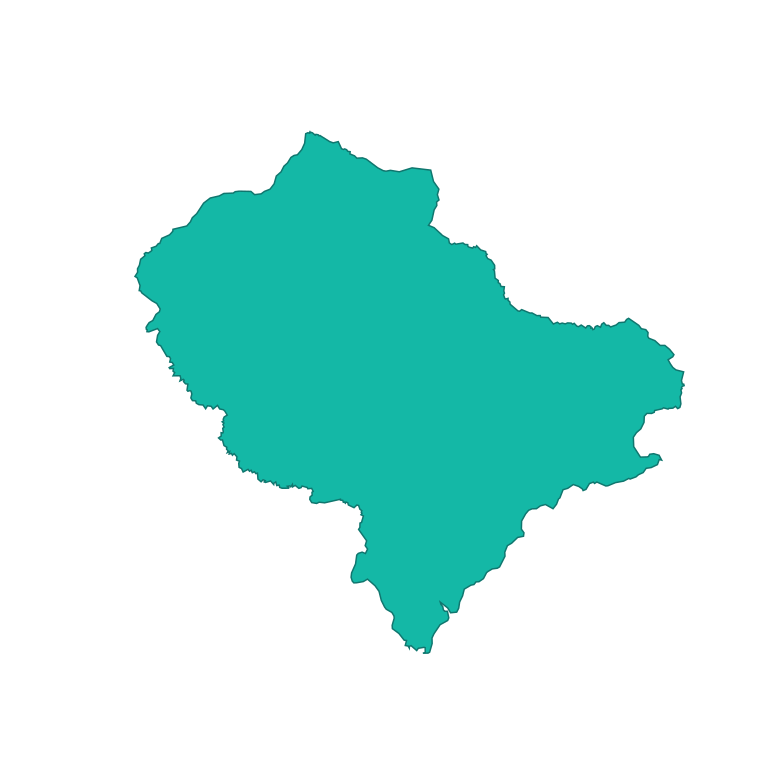 Manggarai Timur, Nusa Tenggara Timur, Indonesia (orthographic projection), rotated 125°
{"feature_id": "22746128B57997288446056", "entity_name": "Manggarai Timur", "entity_type": "district", "adm_level": 2, "iso_a3": "IDN", "parent_name": "Indonesia", "parent_adm1": "Nusa Tenggara Timur", "projection": "orthographic", "projection_center": [120.695, -8.574], "detail": "fine", "context": "isolated", "style": "filled", "palette": "teal", "viewbox_px": 768, "rotation_deg": 125, "n_neighbors": 0, "source": "geoboundaries", "source_scale": "gbopen_adm2", "svg_char_len": 6171}
<svg xmlns="http://www.w3.org/2000/svg" viewBox="0 0 768 768"><g transform="rotate(125 384 384)"><path d="M223.9,591.7L232.3,587.1L239.2,585.8L245.9,586.4L248.4,588.8L251.8,590.2L258.3,589.8L263.0,590.9L269.3,590.0L275.4,591.5L283.0,588.8L289.8,589.1L294.8,592.4L298.7,593.7L303.1,598.6L302.6,603.5L309.1,613.2L311.8,616.2L314.1,617.0L319.8,624.5L324.4,626.8L331.3,633.0L339.3,635.5L352.0,635.1L357.6,636.4L362.3,635.6L367.7,636.2L378.3,645.6L380.0,644.6L384.8,645.2L392.2,649.6L397.5,648.3L398.4,649.4L401.9,649.7L406.0,652.6L407.7,650.8L409.1,651.1L411.9,652.2L412.9,654.5L414.8,655.1L416.1,653.4L421.4,654.9L427.0,652.5L431.0,652.0L433.8,649.9L438.7,649.7L438.6,647.0L443.3,640.3L447.9,638.1L447.3,636.7L448.3,634.6L448.9,621.9L448.4,616.3L450.9,610.4L453.6,609.4L457.8,610.7L464.6,609.8L468.4,611.6L471.1,611.6L474.0,611.4L475.5,610.1L475.4,609.1L477.1,608.2L476.1,606.5L468.5,601.3L469.6,597.7L473.9,597.4L480.0,594.5L481.4,591.1L480.7,589.0L485.9,577.7L484.7,575.4L485.7,573.4L488.9,572.1L487.8,569.8L489.0,567.1L493.8,569.4L494.3,568.3L492.0,565.4L494.5,564.2L494.7,562.0L498.3,561.5L494.2,555.8L496.0,553.6L498.5,552.9L495.3,551.1L495.5,549.9L497.0,549.6L497.7,546.7L496.6,544.6L502.1,541.8L502.4,540.5L500.7,539.1L500.6,537.9L502.4,535.7L506.2,534.2L507.5,531.4L505.8,528.6L507.4,526.7L507.1,523.8L505.0,520.2L506.6,515.9L503.1,516.1L501.4,512.8L502.5,509.7L497.0,508.1L498.7,504.3L497.2,500.8L497.5,498.8L499.4,494.6L502.7,496.0L505.1,495.5L506.1,494.2L507.8,494.9L507.8,492.7L509.6,492.7L511.0,490.3L512.8,490.7L515.4,488.2L516.6,488.0L517.3,489.5L520.0,487.5L523.1,488.6L523.5,485.6L522.5,484.2L526.2,479.8L526.0,476.5L527.7,475.6L528.2,473.3L530.0,473.0L527.8,471.7L530.2,470.7L528.4,469.1L529.3,467.3L527.0,466.8L528.0,462.7L530.9,461.2L530.1,458.1L532.3,457.5L535.4,454.9L535.0,452.2L536.9,448.9L531.9,446.4L532.6,444.1L530.9,443.4L532.2,441.0L530.2,439.8L530.9,437.5L529.6,436.5L534.2,432.7L534.6,428.6L531.8,428.1L531.3,425.8L532.9,426.0L532.6,424.6L528.5,421.3L529.6,416.7L528.5,417.3L526.3,416.5L528.7,413.6L526.9,411.9L528.5,410.1L527.9,407.8L524.1,402.4L523.5,402.4L523.2,404.5L521.5,402.7L521.7,401.3L518.8,401.4L520.6,399.8L518.0,398.6L518.3,393.9L516.5,392.5L514.6,392.6L512.8,387.5L513.5,386.3L511.0,383.4L512.6,380.4L514.0,380.9L516.3,379.1L518.9,379.8L521.1,378.6L522.6,375.2L520.5,370.7L518.0,369.3L515.4,364.5L503.4,353.6L504.1,353.1L503.0,351.0L504.2,349.5L503.4,348.7L503.8,347.3L502.5,347.4L502.0,345.6L503.5,343.8L502.5,337.6L498.7,336.8L498.1,335.1L500.4,331.9L500.5,329.5L502.1,329.1L502.5,327.9L504.3,327.9L503.9,325.2L510.3,323.0L511.7,323.9L515.3,321.5L517.7,321.4L522.4,308.3L527.2,306.7L528.6,302.8L533.5,302.0L534.3,305.5L537.5,307.9L539.8,308.2L547.7,304.1L557.3,302.2L561.2,300.1L563.7,296.9L564.2,294.6L562.5,292.4L557.7,287.6L553.3,285.6L554.4,275.6L556.7,269.1L562.8,262.1L566.3,255.7L567.2,253.0L566.6,246.5L568.3,242.8L570.0,241.3L577.0,238.9L579.6,236.8L579.8,228.7L582.3,220.5L581.2,218.4L586.0,216.6L584.8,213.9L585.8,211.8L584.4,212.7L582.8,211.8L583.6,204.3L580.8,204.3L576.7,200.1L576.4,199.0L580.2,196.3L582.2,197.7L579.1,193.5L577.5,192.8L569.0,195.7L564.5,199.0L559.9,199.8L549.0,200.0L541.2,196.2L538.4,196.8L533.8,201.7L535.3,203.9L534.9,205.9L532.6,208.2L531.9,210.9L530.4,212.8L530.9,203.4L533.2,198.2L529.2,193.6L524.8,194.2L519.2,197.0L512.5,198.1L506.0,200.6L498.9,197.4L496.7,195.3L493.3,195.1L491.5,192.8L486.4,190.9L479.7,191.8L477.9,191.3L473.3,189.2L469.9,185.5L467.5,184.4L455.7,186.1L452.5,188.6L445.6,190.2L441.1,188.1L433.0,186.5L428.7,182.4L425.6,184.0L424.1,188.2L417.3,192.7L409.1,193.5L404.5,193.1L401.3,191.1L398.7,187.6L394.1,186.0L390.1,182.6L389.2,174.0L383.6,173.7L378.1,175.1L376.4,174.6L367.9,176.7L364.0,173.6L357.8,171.3L356.2,165.7L356.2,161.3L357.1,159.8L354.5,158.1L347.7,158.6L344.3,156.2L344.7,154.5L342.2,153.4L340.3,143.8L338.9,142.2L332.0,137.8L326.1,132.0L320.9,129.3L320.7,127.9L315.5,124.3L312.3,123.5L307.9,120.9L302.7,120.9L299.2,117.2L293.2,113.8L288.0,115.2L287.1,112.9L284.6,117.8L286.4,123.1L289.1,126.0L291.7,125.8L292.7,126.5L296.8,132.0L292.1,143.5L284.6,149.2L279.1,149.3L273.4,147.9L266.3,149.0L261.1,152.3L257.3,151.8L254.6,147.9L252.2,146.4L250.5,147.1L244.8,141.9L243.2,141.4L241.6,136.9L240.7,136.8L238.1,133.5L235.1,132.4L235.7,129.3L233.5,128.2L230.0,129.4L224.7,134.1L220.6,135.1L218.4,137.5L216.9,137.2L216.6,138.1L214.9,138.4L213.2,137.2L212.2,138.4L212.9,139.6L210.6,142.3L202.2,145.5L205.0,152.9L204.8,156.9L203.3,160.9L201.2,165.2L196.1,163.1L193.7,163.3L191.8,169.9L191.3,176.1L194.0,179.9L193.1,187.0L194.6,193.3L193.7,195.3L190.4,197.2L189.3,200.7L191.1,204.9L189.8,208.9L189.9,221.3L192.0,222.3L195.3,222.3L198.9,226.7L202.5,227.7L207.3,231.1L207.1,233.6L208.5,235.6L207.7,239.1L210.1,240.0L213.3,239.2L213.9,242.7L215.8,243.8L218.4,243.3L219.7,244.1L218.7,245.7L219.6,246.7L218.4,247.3L218.5,249.4L219.7,250.7L222.4,250.9L222.6,256.3L225.4,257.5L226.0,259.2L225.2,263.0L226.9,263.8L226.7,265.5L228.7,268.7L230.8,270.0L231.9,273.0L234.0,274.6L234.0,277.4L237.7,279.7L235.4,287.7L239.4,294.0L238.3,295.3L240.3,298.0L240.9,303.5L242.2,305.2L244.1,313.9L246.7,314.7L247.3,316.3L246.3,326.4L244.6,328.0L244.3,330.4L242.7,331.5L244.6,333.1L244.6,334.1L242.4,337.2L240.5,337.4L239.1,339.2L235.3,341.2L237.0,344.1L235.3,346.5L235.4,348.6L233.7,349.7L233.6,353.7L228.0,358.4L227.5,360.0L226.2,359.3L223.3,361.5L221.1,367.3L221.8,371.0L220.4,374.0L218.6,373.9L218.7,375.1L217.2,376.7L218.7,381.7L217.6,387.4L219.6,387.3L220.1,389.3L221.8,389.3L223.2,393.0L223.2,394.2L221.8,395.4L223.3,397.8L223.2,400.2L228.3,405.4L228.1,406.9L230.9,408.5L231.0,411.3L228.1,414.4L228.8,421.2L227.2,432.6L228.5,438.6L222.4,438.7L212.6,442.8L207.5,443.1L204.8,445.3L201.7,444.5L198.3,448.9L192.9,450.8L189.7,459.6L182.0,468.4L190.9,485.0L201.4,493.2L205.3,501.3L208.5,504.4L209.7,507.0L210.5,513.1L210.0,527.5L211.1,531.3L214.6,535.8L214.0,539.0L215.1,543.9L213.1,545.0L214.2,547.2L213.5,549.0L214.0,551.1L215.2,551.8L215.6,553.8L211.7,560.5L215.6,563.9L216.6,567.5L217.2,579.0L218.0,579.6L217.6,580.9L218.6,583.0L219.6,583.1L219.3,586.7L219.8,588.5L220.6,588.6L220.1,589.3L221.4,589.2L221.9,590.5L223.9,591.7Z" fill="#14b8a6" stroke="#0f766e" stroke-width="1.5"/></g></svg>